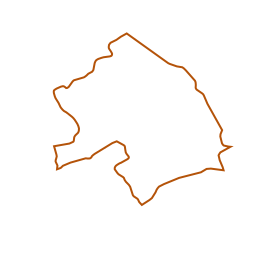 an SVG outline of Phra Nakhon Si Ayutthaya, rotated 241°
{"feature_id": "THA-412", "entity_name": "Phra Nakhon Si Ayutthaya", "entity_type": "Province", "adm_level": 1, "iso_a3": "THA", "parent_name": "Thailand", "parent_adm1": "", "projection": "albers", "projection_center": [100.547, 14.398], "detail": "fine", "context": "isolated", "style": "outline", "palette": "amber", "viewbox_px": 256, "rotation_deg": 241, "n_neighbors": 0, "source": "natural_earth", "source_scale": "10m", "svg_char_len": 2105}
<svg xmlns="http://www.w3.org/2000/svg" viewBox="0 0 256 256"><g transform="rotate(241 128 128)"><path d="M44.7,191.1L52.3,180.8L54.1,176.9L53.9,170.3L59.6,148.5L61.5,132.3L61.7,126.7L61.0,124.8L60.1,123.1L58.4,120.9L55.1,114.9L54.6,111.8L54.0,102.8L57.8,101.9L60.8,102.1L61.8,101.8L65.5,99.9L66.9,99.7L75.6,101.4L77.9,101.2L81.9,100.1L84.0,99.9L86.4,100.2L87.4,99.9L92.1,97.3L93.8,96.9L98.3,96.4L99.1,96.8L99.8,97.3L100.3,98.0L100.6,98.6L100.8,99.0L101.0,100.1L101.1,101.2L101.2,103.6L101.0,104.7L101.0,112.0L101.1,113.2L101.4,114.0L102.1,114.6L103.0,114.7L106.0,114.2L107.1,114.2L107.7,114.2L110.3,115.1L113.1,116.2L114.2,116.3L115.3,115.8L121.8,111.7L122.4,107.0L121.5,86.2L121.2,84.2L120.8,82.7L120.2,81.9L119.9,80.9L119.9,79.8L120.8,78.0L122.0,76.3L125.6,61.0L126.5,52.8L125.7,49.8L126.3,45.9L129.4,48.1L133.7,48.4L135.0,49.2L135.9,50.2L137.7,51.9L139.4,52.5L147.9,54.5L142.8,69.2L142.5,73.5L143.0,74.3L146.0,76.5L146.6,77.4L147.1,78.4L147.8,81.1L148.1,82.1L148.7,82.9L149.5,83.7L150.6,84.4L151.4,84.9L152.1,85.1L153.9,85.5L156.2,85.7L160.9,85.4L163.2,85.0L165.1,84.4L171.5,81.7L174.0,80.2L175.9,79.6L178.0,79.2L179.1,79.1L183.5,79.4L189.1,79.1L191.0,79.3L194.5,80.1L195.8,80.7L196.7,81.4L197.0,82.8L197.1,84.7L196.7,89.3L196.4,90.4L196.1,91.4L195.5,92.1L194.7,92.6L192.9,93.3L192.5,94.4L192.7,96.1L195.5,102.0L195.9,103.4L195.9,104.1L193.7,113.9L193.7,114.9L194.0,117.1L194.7,119.6L194.6,123.8L195.1,125.0L195.6,125.9L200.9,130.3L202.1,131.8L202.7,133.1L202.8,134.3L202.8,135.5L202.2,138.9L201.7,141.0L199.4,146.9L199.2,148.5L199.7,149.4L200.5,150.0L201.6,150.2L204.0,150.1L206.2,149.9L207.3,150.0L208.3,150.5L209.9,151.7L210.5,152.9L211.0,154.1L210.7,160.5L211.3,165.9L211.3,172.7L165.2,194.6L163.8,195.6L158.2,200.6L154.8,204.9L153.2,205.7L150.5,206.5L136.9,209.5L135.8,209.4L134.8,209.1L132.8,208.2L130.6,206.8L129.6,206.5L128.2,206.7L122.4,209.6L121.0,210.1L119.5,210.1L110.6,209.2L80.5,209.3L77.7,205.9L75.8,204.6L69.1,202.8L67.4,202.9L66.2,203.3L63.1,206.8L61.9,208.5L61.9,197.0L61.2,195.6L60.2,194.0L55.4,192.6L47.8,191.8L44.7,191.1Z" fill="none" stroke="#b45309" stroke-width="2"/></g></svg>